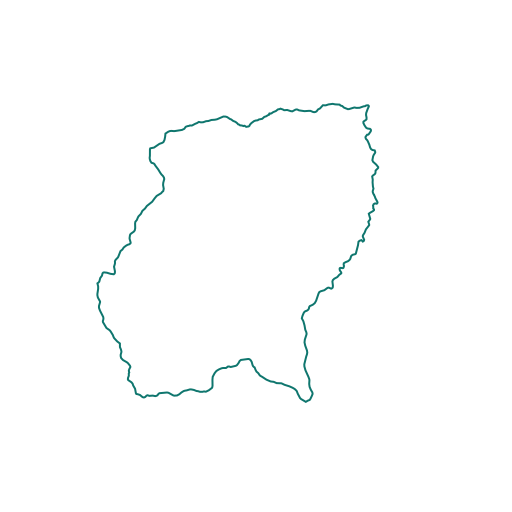 outline of Gama, Cundinamarca, Colombia, rotated 60°
{"feature_id": "7082276B33620598114960", "entity_name": "Gama", "entity_type": "district", "adm_level": 2, "iso_a3": "COL", "parent_name": "Colombia", "parent_adm1": "Cundinamarca", "projection": "albers", "projection_center": [-73.601, 4.727], "detail": "fine", "context": "isolated", "style": "outline", "palette": "teal", "viewbox_px": 512, "rotation_deg": 60, "n_neighbors": 0, "source": "geoboundaries", "source_scale": "gbopen_adm2", "svg_char_len": 6135}
<svg xmlns="http://www.w3.org/2000/svg" viewBox="0 0 512 512"><g transform="rotate(60 256 256)"><path d="M200.4,407.0L203.4,407.9L205.5,409.1L209.5,412.3L210.7,413.0L212.9,413.7L217.4,413.8L218.0,414.1L220.8,417.0L222.4,417.9L225.2,418.4L232.4,418.8L233.7,419.3L234.9,420.2L235.8,421.2L236.8,421.6L243.6,421.5L247.0,419.9L248.6,419.6L253.0,419.5L254.5,419.8L256.2,419.9L260.6,418.9L263.7,417.6L266.9,419.4L269.4,419.7L271.2,420.2L271.9,420.6L274.0,422.7L275.4,423.4L277.0,423.8L279.6,423.2L283.4,421.0L284.7,420.5L287.9,420.0L289.1,420.2L289.5,420.5L290.4,422.0L291.5,423.3L292.5,423.8L293.5,424.0L294.1,424.9L296.1,426.0L297.6,427.8L298.7,428.6L299.6,428.7L303.1,427.0L304.9,426.7L306.7,427.1L310.5,427.1L314.7,428.6L315.7,428.6L316.5,427.6L318.3,426.0L321.5,424.8L322.5,423.8L322.7,422.4L322.2,420.6L322.4,419.5L323.8,418.3L325.3,415.2L326.9,413.4L327.2,412.8L327.4,411.1L326.6,409.2L326.6,408.1L329.4,402.0L329.8,401.2L330.8,400.1L335.3,397.4L336.1,396.6L337.3,394.1L337.4,391.5L336.9,388.9L336.8,386.2L337.1,384.9L337.7,383.3L338.5,379.9L339.3,378.6L341.0,376.7L343.2,375.0L344.0,373.9L345.7,372.3L346.9,370.1L347.3,368.7L348.2,367.7L348.5,367.0L348.7,363.9L348.2,360.1L347.7,359.4L346.6,358.5L341.4,355.6L339.0,353.9L336.9,350.6L335.9,348.2L335.7,346.7L335.7,344.5L336.0,342.2L336.3,341.0L338.0,337.9L337.7,335.6L338.2,334.6L339.5,333.4L341.0,328.4L341.0,327.1L340.0,324.7L338.7,322.6L338.5,321.0L341.3,314.2L342.2,313.2L343.8,312.7L345.6,312.7L348.7,313.5L349.8,313.6L350.9,313.4L351.8,312.9L354.2,313.3L356.3,313.4L358.6,312.6L361.3,312.4L362.2,312.0L363.7,311.1L368.3,308.8L371.5,306.4L372.1,305.9L373.8,303.6L376.4,301.7L379.0,297.6L381.8,295.7L385.5,292.3L388.4,290.2L390.5,289.0L392.9,288.3L393.7,288.3L396.2,288.7L399.3,288.8L400.9,288.9L402.4,288.5L407.2,285.8L407.2,283.2L407.5,281.5L406.8,280.1L405.0,277.5L403.8,276.0L403.2,275.7L402.2,275.4L399.1,275.4L396.1,275.0L393.4,273.9L390.2,271.8L389.1,271.4L386.8,271.0L379.7,270.3L375.8,269.3L373.9,268.3L368.1,262.7L366.7,261.1L365.3,259.9L363.3,259.1L358.3,258.2L355.1,257.2L352.8,255.5L349.2,251.5L348.3,250.9L347.0,250.5L344.5,250.2L340.4,248.7L336.2,247.6L332.9,247.5L331.2,245.8L329.2,243.2L328.6,241.9L328.5,240.8L328.8,239.4L328.6,237.6L328.0,236.5L326.9,235.6L326.3,234.5L326.6,231.2L326.2,228.7L324.8,226.3L319.7,220.5L318.9,219.2L318.9,217.6L319.8,213.9L319.4,210.4L319.5,209.3L320.0,208.6L321.8,207.3L322.0,206.9L321.8,205.6L321.3,205.0L320.1,204.2L316.3,202.6L315.3,201.5L314.8,199.6L314.9,196.1L313.9,193.2L313.7,191.0L313.4,190.6L312.7,190.4L310.5,190.6L309.0,190.1L308.5,189.6L308.4,189.2L308.6,188.6L309.8,187.1L310.0,186.6L309.9,186.1L309.1,185.2L308.4,184.7L307.4,184.5L306.2,183.6L306.1,181.7L306.5,178.9L306.2,177.1L305.7,175.9L303.7,173.7L303.4,172.8L303.3,171.6L304.0,169.2L303.9,168.4L297.7,162.3L294.9,160.1L294.6,158.7L294.9,157.0L295.0,156.7L296.9,156.3L296.9,155.4L296.7,154.9L296.0,154.2L292.6,153.8L291.6,153.1L290.2,150.4L287.9,147.5L285.9,142.6L285.2,142.2L282.5,141.6L281.4,139.0L281.0,138.5L275.8,137.2L275.6,136.1L275.6,132.2L275.3,130.9L274.6,130.5L273.5,130.7L271.9,129.8L270.9,129.5L270.0,128.3L269.9,127.5L270.0,126.6L271.1,125.3L270.8,124.4L270.6,124.1L269.7,123.8L265.6,123.7L263.6,123.3L262.6,123.4L262.0,123.1L260.9,123.3L258.9,122.9L258.1,122.4L256.4,120.6L254.3,120.0L250.5,118.2L248.2,116.7L245.2,115.6L244.8,114.8L244.5,112.3L244.2,111.5L243.6,110.9L241.8,109.7L241.0,106.7L240.8,106.2L240.1,105.7L236.9,106.2L232.9,107.5L231.2,107.3L228.3,104.8L227.3,103.5L226.2,101.3L225.7,100.8L224.6,100.5L223.9,100.4L222.4,102.2L220.9,102.9L219.1,102.9L216.2,102.2L212.6,101.8L211.2,101.8L209.7,102.2L208.7,102.1L207.8,101.8L207.5,101.4L206.5,99.1L207.0,98.1L206.9,97.5L205.4,94.3L204.5,93.5L203.8,93.4L202.9,93.7L201.5,95.5L200.9,96.0L199.9,96.5L197.0,96.7L194.5,96.5L193.4,95.8L193.3,95.4L193.1,92.7L192.8,91.9L191.3,91.0L188.9,90.2L187.3,89.1L184.6,85.9L182.9,83.5L182.4,83.3L181.5,83.6L180.7,85.3L180.8,86.6L180.2,88.0L179.4,92.3L177.8,95.2L176.9,96.1L176.5,96.8L175.3,101.9L174.8,103.0L171.5,105.6L169.3,106.3L167.9,107.6L166.7,107.9L164.2,111.7L162.6,113.5L161.0,117.4L160.4,120.3L158.9,122.7L160.2,126.8L160.1,129.0L161.0,131.2L161.0,132.4L160.6,133.6L159.9,134.5L157.5,136.3L156.7,137.7L154.8,141.6L151.4,145.9L149.8,147.0L149.3,147.7L149.0,148.7L148.9,152.2L147.9,153.5L145.1,156.0L144.1,158.2L143.7,158.8L142.5,159.5L140.6,161.2L140.6,162.0L140.0,163.7L140.4,166.3L140.0,169.2L140.2,171.4L140.0,172.0L139.3,173.0L139.3,173.3L140.1,173.7L140.2,174.1L140.0,175.4L140.1,177.3L139.7,179.3L140.3,182.0L139.2,185.3L139.3,186.7L138.5,188.6L138.2,190.2L138.6,193.6L139.2,195.5L140.0,196.7L140.1,197.6L139.8,198.4L139.3,199.8L138.8,200.2L137.6,200.7L137.3,201.1L137.2,201.9L135.8,203.1L135.0,204.4L133.8,204.9L133.1,205.6L131.6,205.9L129.6,206.7L127.5,208.3L125.3,209.2L124.4,210.0L121.3,211.5L120.1,212.6L118.9,214.5L118.1,221.4L117.4,223.5L115.9,226.6L115.3,229.7L114.3,231.8L113.7,235.0L112.7,236.9L111.3,238.5L111.4,240.5L111.1,242.6L111.0,245.8L110.9,246.4L109.9,248.0L109.8,249.0L109.3,250.4L109.0,252.0L109.1,252.6L110.0,254.5L109.8,257.1L107.5,263.1L106.9,264.5L105.3,266.8L104.7,268.3L104.5,270.0L104.7,272.9L104.7,273.2L107.2,275.0L109.7,277.2L111.1,279.3L111.1,280.9L110.6,283.5L111.1,290.1L109.9,293.7L110.4,294.4L116.2,297.8L117.8,299.0L118.9,299.5L120.9,300.0L123.0,299.9L124.6,298.4L125.7,298.0L127.2,298.0L132.1,297.4L136.2,297.3L138.2,297.1L140.0,296.6L142.0,296.5L143.5,297.0L146.2,299.7L148.1,301.0L151.7,302.3L153.4,303.9L153.7,305.5L154.2,306.7L154.3,312.0L155.4,315.0L157.1,318.8L158.1,325.5L159.4,328.4L160.1,331.8L162.0,334.7L162.9,337.9L163.5,338.9L165.3,341.3L166.0,343.3L167.3,344.4L171.5,346.7L173.2,348.2L173.8,349.6L174.1,352.8L174.3,353.8L174.9,354.7L177.2,356.5L178.0,356.9L181.6,357.8L182.3,358.4L182.5,359.9L182.1,361.6L182.1,363.6L182.5,366.3L183.6,368.5L184.0,370.9L187.6,375.4L188.2,376.3L189.1,379.4L189.6,380.3L190.3,381.0L191.6,381.6L192.4,382.3L194.3,384.3L198.7,385.8L200.1,386.7L200.5,387.3L200.7,388.3L200.4,388.7L198.7,390.9L195.9,393.5L194.2,395.8L194.0,396.7L194.3,397.6L196.0,399.2L197.2,401.9L199.8,404.5L200.2,405.6L200.4,407.0Z" fill="none" stroke="#0f766e" stroke-width="2"/></g></svg>